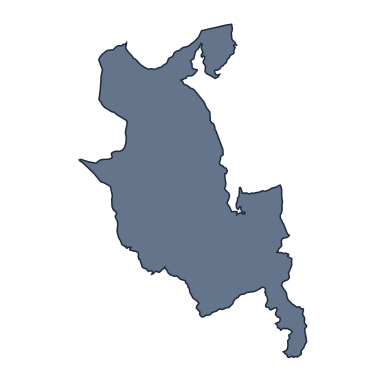 Albán, Cundinamarca, Colombia (orthographic projection), rotated 179°
{"feature_id": "7082276B79549864152225", "entity_name": "Albán", "entity_type": "district", "adm_level": 2, "iso_a3": "COL", "parent_name": "Colombia", "parent_adm1": "Cundinamarca", "projection": "orthographic", "projection_center": [-74.45, 4.893], "detail": "fine", "context": "isolated", "style": "filled", "palette": "slate", "viewbox_px": 384, "rotation_deg": 179, "n_neighbors": 0, "source": "geoboundaries", "source_scale": "gbopen_adm2", "svg_char_len": 5959}
<svg xmlns="http://www.w3.org/2000/svg" viewBox="0 0 384 384"><g transform="rotate(179 192 192)"><path d="M89.6,25.1L85.8,27.7L85.5,28.7L85.7,30.8L85.4,31.6L83.2,34.1L81.3,38.4L80.2,39.8L80.0,41.2L80.6,43.1L80.3,44.6L81.0,45.7L80.8,47.2L81.3,48.4L81.7,51.6L81.7,53.2L80.0,55.2L79.8,56.6L81.2,58.1L82.1,60.3L81.6,62.2L81.8,64.6L83.4,67.5L83.5,68.8L82.6,71.4L82.9,73.2L85.3,73.7L86.4,75.4L88.9,75.0L90.0,75.6L93.8,78.3L97.7,82.4L98.9,85.3L99.4,89.5L103.3,95.5L104.0,97.6L103.8,98.7L102.7,100.6L97.8,102.6L97.0,103.4L96.1,105.1L96.9,109.2L93.6,116.9L93.6,122.3L93.3,123.3L93.4,123.8L94.6,124.1L97.5,126.0L97.6,126.5L96.5,127.3L96.4,127.8L96.8,128.2L99.3,129.2L100.4,129.2L101.2,128.7L103.5,129.9L105.6,129.8L106.9,130.3L107.4,130.0L108.2,130.2L107.2,131.3L106.0,133.9L103.7,136.1L103.3,136.9L103.5,141.3L102.9,143.3L101.3,144.3L98.7,144.7L96.8,145.4L95.4,147.1L97.3,148.4L101.1,158.7L102.1,159.8L102.6,161.6L103.9,163.7L104.2,165.7L104.3,166.8L103.9,168.1L103.1,169.1L102.2,172.8L102.3,177.3L101.7,179.9L102.4,186.4L102.3,193.2L102.9,195.5L103.8,197.4L104.1,197.3L108.5,195.2L112.0,194.5L115.1,192.7L117.5,192.0L118.8,191.2L121.4,192.0L125.0,190.6L128.8,190.2L129.9,189.5L132.4,189.9L135.2,189.0L136.9,190.0L138.3,190.0L138.5,189.6L139.3,190.0L141.7,190.0L142.9,194.6L143.8,195.7L144.4,195.5L145.0,187.5L145.2,186.6L146.7,185.0L146.4,183.3L147.9,179.8L148.0,176.8L147.4,174.7L146.5,174.0L146.0,174.0L145.5,174.6L144.6,176.5L143.6,176.5L143.3,173.2L142.5,171.8L141.4,171.0L139.6,170.9L139.3,169.8L140.3,168.8L143.7,170.5L146.5,169.3L147.5,168.5L147.4,171.7L152.8,171.7L154.5,176.1L157.0,179.7L157.0,180.8L155.2,184.9L154.5,187.9L155.2,190.0L159.5,194.4L158.5,197.1L158.0,199.9L158.7,204.5L158.9,209.6L157.5,209.9L156.4,212.0L156.4,213.0L157.4,215.1L159.1,215.7L161.1,217.8L162.9,218.3L164.1,220.1L163.6,222.8L162.9,223.9L162.9,226.2L161.8,227.6L160.2,228.7L160.4,234.0L167.0,252.7L167.9,253.7L168.2,257.0L168.9,258.9L169.2,259.7L171.4,261.1L171.5,261.8L172.3,262.6L172.7,264.1L172.3,266.0L172.7,267.1L172.6,270.1L172.9,271.6L176.2,276.4L178.4,281.7L187.9,293.9L190.0,295.5L191.6,295.8L194.8,298.5L198.2,299.9L199.5,302.5L201.2,304.0L200.1,304.5L198.9,304.6L197.4,305.7L196.1,305.7L195.2,307.4L194.2,308.1L191.0,308.1L189.2,308.7L186.8,310.8L184.7,313.5L184.7,314.1L188.3,315.0L189.3,315.8L189.7,316.8L189.8,320.3L191.2,323.1L187.7,325.5L187.6,327.0L185.9,332.6L182.9,335.6L180.3,340.4L179.4,339.5L179.3,338.6L180.2,337.0L180.3,335.8L178.6,331.1L180.0,329.6L180.5,328.0L180.3,327.3L179.4,326.5L178.3,327.9L176.9,327.1L177.2,324.8L178.0,323.7L178.6,321.7L178.4,320.8L176.2,317.6L176.9,312.9L176.7,311.8L175.4,310.1L171.0,307.9L166.9,305.1L163.9,306.6L162.3,309.1L164.8,308.5L165.8,308.8L166.9,310.3L167.4,312.7L166.7,313.3L164.2,313.5L162.0,314.7L160.4,317.2L158.7,317.7L157.5,319.3L155.5,320.7L154.7,323.6L152.6,325.5L151.3,328.0L148.1,329.6L147.7,330.3L147.6,332.7L146.3,335.9L147.5,336.8L147.8,337.8L147.3,338.4L145.0,338.1L146.7,341.1L148.9,343.2L149.5,344.7L149.9,350.4L149.0,352.8L148.8,354.8L149.5,359.0L155.0,358.3L179.2,353.2L179.8,352.8L182.6,346.8L186.9,342.4L190.5,340.0L192.0,338.5L194.5,337.4L198.4,336.6L199.8,335.8L202.0,333.8L204.8,333.2L207.3,331.6L208.2,329.3L209.6,327.4L212.0,326.6L213.1,325.8L214.7,321.7L215.5,320.8L218.2,319.4L220.7,317.2L223.2,316.9L226.3,315.3L231.8,315.9L233.2,315.6L235.5,316.4L240.6,319.6L246.2,325.7L248.6,327.0L249.3,328.6L253.2,333.0L255.3,336.2L255.8,338.4L255.0,340.9L254.9,342.4L256.2,340.9L258.1,340.9L259.0,339.9L260.1,339.5L263.2,339.5L265.2,338.6L268.3,335.6L274.4,335.0L279.6,331.0L281.8,328.3L282.9,325.8L279.4,315.7L280.8,309.6L281.8,296.9L283.4,286.0L281.5,283.3L280.0,280.4L277.6,277.9L270.8,273.6L269.7,273.5L267.9,272.6L265.8,270.6L257.0,265.2L255.7,263.6L255.8,260.7L257.2,254.9L257.5,251.7L256.8,248.0L257.2,242.3L258.7,237.6L261.1,234.9L263.7,233.9L266.6,234.1L269.2,233.7L271.6,232.4L272.0,231.0L271.1,228.5L271.8,227.2L275.0,226.2L280.5,226.1L283.5,225.5L287.5,222.5L295.1,224.0L302.6,226.6L304.2,226.0L303.2,224.8L301.2,223.5L298.5,221.0L289.9,212.5L283.5,204.4L282.2,203.5L279.7,202.7L273.5,199.0L271.8,190.2L271.7,188.7L272.4,186.4L272.2,178.9L271.0,175.6L268.6,173.5L267.5,171.4L269.0,169.6L269.2,168.5L267.4,164.7L266.9,162.4L266.9,159.8L267.6,154.8L267.2,151.7L265.8,146.8L264.5,144.9L263.1,141.0L262.2,140.1L259.5,138.3L258.8,138.7L258.5,137.1L258.1,136.8L257.5,137.4L255.8,138.0L253.9,137.6L255.3,136.1L254.8,134.9L248.8,133.4L247.1,132.4L246.5,131.1L246.9,127.9L246.2,125.7L245.6,126.0L245.2,125.0L243.0,117.8L241.6,116.7L239.6,116.2L236.9,113.4L234.6,114.1L233.2,113.4L232.9,112.1L233.7,110.5L232.8,110.7L229.8,113.2L228.9,113.3L226.5,112.2L224.7,113.3L223.6,114.8L222.1,115.5L220.5,117.4L220.3,116.4L218.4,114.0L217.2,111.4L214.9,109.5L211.2,108.1L208.2,108.1L205.0,104.9L200.7,103.6L200.2,103.1L199.9,101.2L198.9,100.5L197.8,99.0L197.6,96.9L196.5,95.9L195.9,91.7L192.9,86.0L188.4,82.4L187.3,81.1L187.1,80.4L189.4,77.8L189.7,76.1L187.8,73.6L186.5,72.5L186.1,71.0L186.6,69.6L184.5,66.9L182.2,67.1L180.3,68.5L177.7,68.6L175.8,69.1L174.0,71.1L169.4,72.6L166.3,74.8L165.1,74.2L163.1,74.1L160.0,75.5L157.0,75.9L153.4,79.4L152.2,82.3L150.5,84.6L147.7,85.8L146.2,88.0L144.1,88.8L142.0,89.0L138.1,90.8L136.5,90.7L134.4,91.2L132.0,91.2L127.9,92.9L127.0,93.7L125.9,93.9L123.7,95.5L122.3,95.5L121.5,95.0L120.4,94.3L120.2,92.5L121.0,90.5L120.0,89.7L120.3,88.0L118.6,85.5L118.3,82.9L118.4,81.6L120.4,77.5L120.4,76.4L120.0,75.8L117.2,75.1L116.4,73.4L115.2,72.7L111.1,74.7L109.9,74.6L109.0,74.0L109.1,72.8L110.4,69.8L110.6,67.8L108.6,65.5L106.8,65.1L106.1,63.8L106.1,62.6L106.7,60.8L110.8,58.9L108.8,57.1L108.9,54.8L106.5,54.1L105.9,52.3L105.2,52.5L103.7,54.0L101.7,54.0L100.8,53.5L99.4,54.1L97.7,53.0L96.1,52.6L94.3,50.3L95.6,48.4L97.3,47.7L97.7,47.0L97.5,45.4L96.7,44.5L98.9,41.7L98.7,36.9L99.3,33.8L100.5,31.9L103.5,30.6L102.4,30.0L101.9,28.7L100.2,27.9L99.5,25.7L98.7,25.1L97.7,25.0L94.8,26.1L94.1,25.8L93.8,25.0L90.7,25.7L89.6,25.1Z" fill="#64748b" stroke="#1e293b" stroke-width="1.5"/></g></svg>